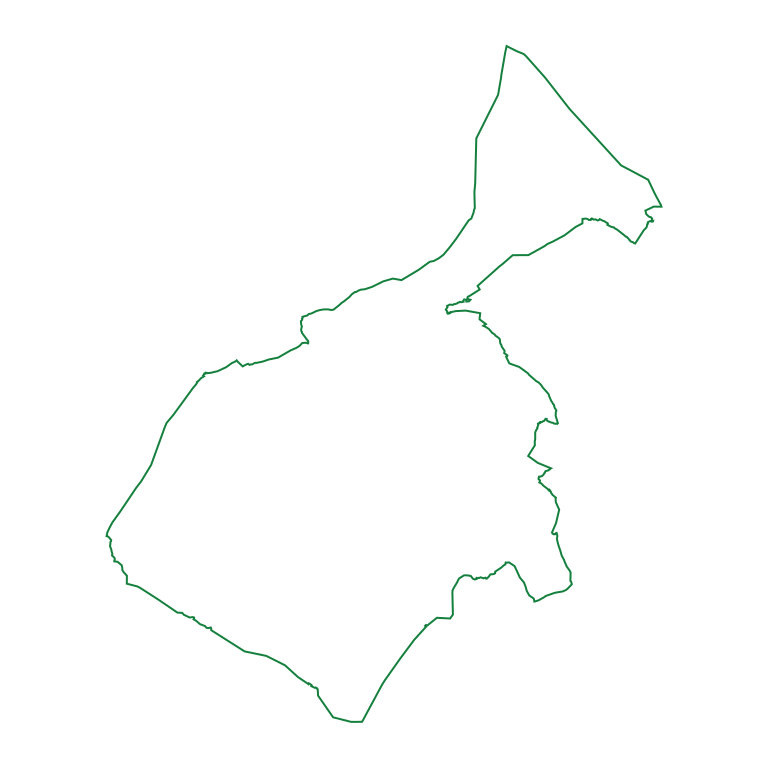 outline of Nord-Aurdal nor, Oppland, Norway
{"feature_id": "86288312B2745383229775", "entity_name": "Nord-Aurdal nor", "entity_type": "district", "adm_level": 2, "iso_a3": "NOR", "parent_name": "Norway", "parent_adm1": "Oppland", "projection": "albers", "projection_center": [9.398, 61.004], "detail": "fine", "context": "isolated", "style": "outline", "palette": "green", "viewbox_px": 768, "rotation_deg": 0, "n_neighbors": 0, "source": "geoboundaries", "source_scale": "gbopen_adm2", "svg_char_len": 6106}
<svg xmlns="http://www.w3.org/2000/svg" viewBox="0 0 768 768"><path d="M362.1,721.8L382.3,684.3L384.9,680.2L400.4,658.3L414.3,639.7L426.0,626.8L425.1,625.9L425.9,625.0L426.6,625.2L426.9,625.8L436.9,617.8L450.1,618.5L452.9,614.6L452.4,593.1L452.5,590.7L453.6,588.2L457.2,582.2L458.3,579.8L459.2,578.4L464.1,575.3L467.9,575.4L470.8,576.0L473.0,578.8L474.7,579.5L476.1,579.1L476.1,578.5L476.5,578.0L477.1,578.6L478.1,577.9L479.1,578.0L480.6,577.3L483.4,578.3L485.3,577.7L486.2,578.7L486.7,578.7L487.6,577.6L488.2,577.4L490.4,574.4L493.8,574.1L495.1,573.3L495.1,571.9L495.4,571.5L501.0,567.8L504.0,565.2L505.4,564.4L505.5,563.0L505.7,562.5L506.3,562.7L509.0,562.4L514.6,566.1L519.9,577.6L524.0,582.5L525.8,587.3L526.7,590.8L529.3,595.5L533.7,598.5L534.4,601.6L538.4,600.4L543.8,597.4L545.7,596.0L554.8,592.8L562.9,591.4L566.1,589.9L567.5,588.8L571.8,584.3L571.2,581.8L570.4,580.9L570.6,572.5L569.6,570.5L566.8,566.6L564.4,561.2L564.1,560.0L562.1,556.4L561.6,555.2L560.2,550.3L558.6,545.8L557.6,542.2L556.9,538.5L557.4,536.0L556.6,532.9L556.1,533.0L555.8,534.0L555.4,534.2L554.1,534.0L553.9,534.3L552.6,533.7L552.0,532.5L556.0,523.2L559.2,509.7L555.8,502.1L555.6,498.4L555.9,497.7L552.4,494.8L552.0,493.9L551.1,493.0L550.8,492.1L550.8,491.6L550.3,490.9L549.9,490.9L549.9,490.5L549.2,490.6L549.0,489.6L548.3,489.8L547.6,488.9L542.8,485.2L542.5,484.6L540.9,483.2L539.3,482.5L539.9,481.3L540.0,480.6L539.7,480.0L538.7,479.4L538.7,478.6L538.5,478.2L539.0,477.3L539.0,476.7L541.2,476.4L543.0,475.3L544.0,473.9L544.1,473.3L544.8,472.9L545.4,471.2L548.6,470.3L549.2,469.5L549.9,469.3L550.0,468.9L551.0,468.3L537.8,462.9L528.2,456.0L534.9,445.2L534.7,441.9L535.2,439.1L535.2,432.5L536.2,430.0L537.4,428.5L537.2,427.5L537.7,426.7L538.3,424.7L537.9,424.1L538.0,423.6L538.8,423.2L539.9,423.2L540.1,423.0L539.8,422.4L540.2,422.0L541.8,422.1L543.1,421.2L543.9,421.1L545.6,418.8L546.5,418.9L546.3,419.6L547.2,420.4L547.4,421.0L551.2,422.5L552.9,422.8L553.9,423.5L555.4,423.8L556.0,423.6L557.2,423.9L557.9,423.2L555.6,415.7L555.8,413.4L555.7,412.8L556.0,411.5L556.3,411.1L556.3,410.3L554.9,408.2L554.3,406.7L554.0,404.9L552.9,403.8L552.4,402.5L551.3,401.1L549.4,396.7L548.5,394.0L542.4,387.1L541.8,385.9L540.2,384.0L538.5,382.4L536.2,381.1L528.9,374.7L528.2,373.5L519.3,367.0L509.3,363.4L506.1,356.7L507.1,356.2L507.4,355.3L504.2,353.1L504.6,350.8L501.7,346.6L501.4,345.0L500.6,344.0L500.2,342.7L499.8,339.2L498.5,337.8L495.4,335.6L494.5,334.3L492.2,332.9L488.9,329.0L485.7,326.9L483.3,325.8L485.9,324.1L479.5,319.3L480.2,313.2L465.6,310.6L455.7,311.1L451.0,312.2L450.6,312.0L450.3,312.2L450.7,312.5L450.3,313.0L450.0,313.0L450.0,312.6L449.8,312.6L449.4,312.7L449.4,313.4L448.0,313.7L447.7,312.8L447.2,312.8L447.2,311.7L446.8,310.8L445.8,309.7L447.5,307.1L447.1,306.4L447.1,305.9L449.8,304.6L452.8,304.9L454.0,304.1L455.1,304.1L457.3,303.3L457.8,302.7L458.8,302.6L459.8,301.9L461.9,302.2L463.2,301.8L462.8,301.5L464.2,299.4L466.6,300.0L466.3,301.5L466.5,301.6L469.0,301.3L470.4,299.8L468.9,299.4L467.3,298.4L467.8,296.7L469.3,296.1L479.7,289.5L477.6,285.9L499.8,266.1L502.1,264.4L512.7,255.2L528.4,255.1L544.4,246.2L547.6,243.9L552.6,241.7L564.4,235.4L575.7,226.9L582.4,223.4L582.5,218.9L586.1,218.6L587.5,219.0L589.0,220.0L590.9,219.9L591.1,219.7L590.8,219.3L590.9,219.0L591.5,218.5L592.6,218.7L592.7,219.0L593.6,219.6L595.7,219.4L597.8,220.5L598.9,220.1L599.7,219.1L602.9,220.8L603.7,220.9L607.7,223.3L607.9,223.8L607.4,224.3L607.4,224.9L611.2,226.8L614.1,227.5L614.6,228.3L616.7,229.3L626.2,236.8L626.9,236.9L627.6,237.9L628.6,238.7L629.2,239.9L630.0,240.3L630.3,241.0L631.0,241.6L633.0,242.2L633.8,243.0L635.2,243.5L643.8,230.2L646.4,227.6L647.1,225.5L647.1,224.3L647.9,223.8L647.8,222.4L648.0,222.1L650.2,221.1L651.9,221.7L652.9,221.5L653.1,220.8L652.4,220.9L651.8,220.3L652.0,219.9L651.8,219.3L652.1,218.6L651.1,217.3L649.1,216.8L646.3,214.2L645.4,210.6L653.8,206.6L661.4,206.7L661.0,205.2L655.1,194.3L648.2,179.8L621.1,165.4L569.5,108.9L545.0,77.5L525.9,56.0L523.7,54.0L517.0,51.3L506.6,46.1L505.2,52.6L501.3,75.2L501.1,77.4L498.1,94.8L476.3,138.4L475.2,183.3L474.4,192.2L474.8,208.1L473.9,210.5L473.6,212.5L471.3,218.6L468.7,220.3L456.1,238.9L450.1,246.8L443.5,254.7L439.2,258.0L433.8,261.0L429.7,261.8L419.0,269.6L401.5,280.1L392.9,278.6L383.4,281.3L372.2,286.8L365.0,289.2L360.7,289.7L358.7,290.5L355.8,292.1L355.0,292.0L351.9,294.2L349.4,297.0L343.5,301.7L341.7,302.8L339.6,304.8L333.6,309.6L331.6,310.0L328.0,309.4L323.8,309.4L320.1,310.0L316.5,311.0L311.6,313.4L308.7,314.1L307.2,315.5L302.5,316.8L302.7,317.7L302.0,318.5L302.3,319.3L302.1,319.9L300.9,321.3L301.1,323.9L301.9,326.7L301.5,327.6L301.1,329.9L301.3,331.1L301.8,331.7L302.0,332.9L307.0,339.7L307.9,340.6L308.2,341.3L308.2,343.3L308.0,343.5L306.1,342.7L302.3,343.0L299.4,346.0L296.5,347.8L290.4,350.5L278.1,357.6L268.8,359.5L262.6,361.6L256.4,362.9L254.8,362.9L252.2,364.4L250.8,364.4L249.5,364.9L248.2,363.8L246.2,364.5L242.7,366.4L237.3,361.3L236.7,360.4L236.2,361.0L231.7,363.2L226.3,367.1L217.6,371.2L210.8,372.8L207.0,373.2L205.9,372.6L205.1,373.4L205.1,373.6L204.4,373.4L204.1,373.9L204.2,374.1L203.1,375.6L204.0,376.4L201.1,378.1L198.9,380.5L197.1,381.9L197.0,382.0L197.3,382.3L196.1,384.3L192.9,388.1L179.5,406.5L173.1,415.2L166.6,422.9L164.6,427.7L151.1,465.0L141.0,481.6L136.4,487.5L120.6,511.0L112.4,522.4L109.3,528.2L107.4,532.3L106.6,536.1L107.4,536.1L109.0,537.4L111.2,540.1L111.0,541.2L110.3,542.3L110.4,543.9L110.0,546.1L111.3,549.5L111.6,551.5L112.3,553.4L112.3,554.4L112.0,555.5L114.3,557.6L114.7,558.4L114.8,559.4L114.2,561.0L114.3,561.4L117.6,561.8L121.7,565.3L122.2,567.5L122.4,570.1L123.5,572.0L126.9,575.7L126.8,583.7L137.2,586.4L139.7,587.6L158.2,599.5L177.4,612.6L182.2,612.9L183.9,614.8L189.7,617.5L192.7,617.1L194.1,617.5L194.1,618.5L193.6,619.3L196.0,620.7L200.1,624.2L204.9,626.0L206.5,627.8L208.6,628.1L210.7,627.5L211.2,628.4L211.2,630.2L244.6,651.4L266.3,655.9L285.0,665.3L297.9,677.0L308.4,684.1L308.7,683.3L310.3,684.1L311.7,685.3L311.2,686.0L312.0,686.5L315.0,687.9L315.7,687.5L316.9,688.2L317.0,688.8L317.7,689.2L318.1,695.7L333.1,717.3L351.2,721.9L362.1,721.8Z" fill="none" stroke="#15803d" stroke-width="2"/></svg>